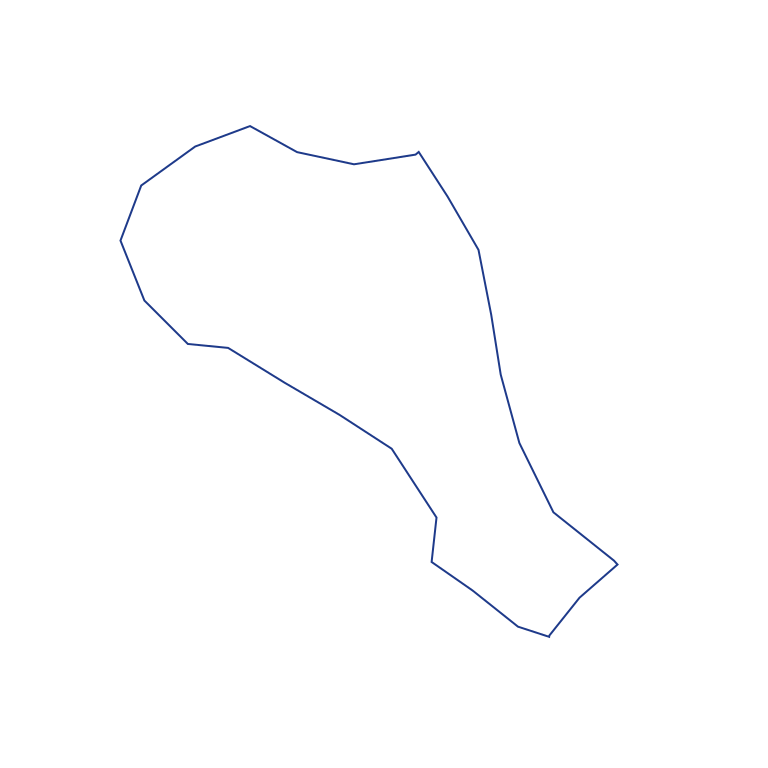 the district of Sölvesborg, Blekinge, Sweden, rotated 147°
{"feature_id": "70781695B90758337491220", "entity_name": "Sölvesborg", "entity_type": "district", "adm_level": 2, "iso_a3": "SWE", "parent_name": "Sweden", "parent_adm1": "Blekinge", "projection": "orthographic", "projection_center": [14.651, 56.115], "detail": "fine", "context": "isolated", "style": "outline", "palette": "blue", "viewbox_px": 768, "rotation_deg": 147, "n_neighbors": 0, "source": "geoboundaries", "source_scale": "gbopen_adm2", "svg_char_len": 523}
<svg xmlns="http://www.w3.org/2000/svg" viewBox="0 0 768 768"><g transform="rotate(147 384 384)"><path d="M228.5,559.7L232.6,559.2L289.5,584.6L330.6,625.8L355.9,673.3L413.0,686.0L479.5,682.7L526.9,647.8L539.5,584.5L526.7,524.4L495.1,499.2L466.6,439.1L438.1,382.3L412.8,325.5L412.7,243.4L441.0,208.8L422.2,162.6L403.8,107.5L383.2,82.0L382.3,83.0L336.4,98.3L286.5,105.4L287.3,110.5L311.8,184.1L302.6,260.8L281.0,328.3L256.4,383.6L231.7,445.0L228.6,506.5L228.5,559.7Z" fill="none" stroke="#1e3a8a" stroke-width="2"/></g></svg>